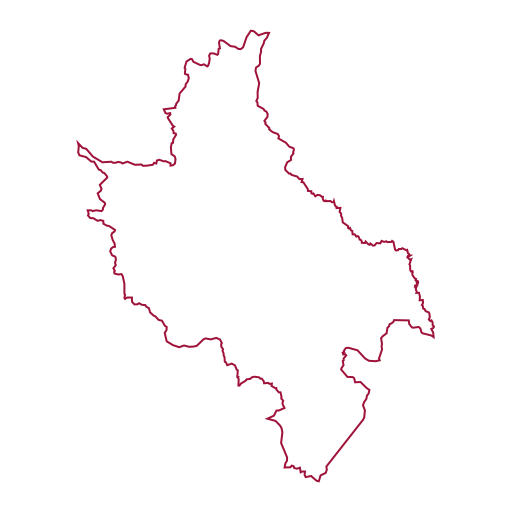 outline of Jataí, Goiás, Brazil
{"feature_id": "56859067B77206783707200", "entity_name": "Jataí", "entity_type": "district", "adm_level": 2, "iso_a3": "BRA", "parent_name": "Brazil", "parent_adm1": "Goiás", "projection": "robinson", "projection_center": [-51.746, -17.904], "detail": "fine", "context": "isolated", "style": "outline", "palette": "rose", "viewbox_px": 512, "rotation_deg": 0, "n_neighbors": 0, "source": "geoboundaries", "source_scale": "gbopen_adm2", "svg_char_len": 6047}
<svg xmlns="http://www.w3.org/2000/svg" viewBox="0 0 512 512"><path d="M433.6,337.1L433.2,332.6L431.3,328.9L433.1,328.1L433.9,327.0L433.7,326.0L432.7,325.6L432.6,322.4L431.5,320.4L430.4,321.1L428.8,319.5L429.8,317.4L429.4,313.6L428.8,312.4L425.7,311.2L424.4,308.9L423.2,308.6L422.7,305.6L421.9,305.1L423.0,303.1L422.8,300.0L419.7,300.3L419.9,296.4L419.0,292.8L416.4,292.9L416.8,292.0L415.7,288.9L416.5,287.0L414.9,286.8L415.2,285.4L417.4,284.9L416.6,282.0L418.0,282.7L418.1,281.4L415.6,280.2L416.0,278.9L414.9,278.5L412.7,275.5L412.2,273.4L412.7,272.5L412.5,271.1L411.0,271.4L410.2,269.9L410.1,265.4L409.4,264.4L411.2,259.2L409.9,259.8L407.3,257.1L407.9,256.1L408.6,256.6L410.5,255.4L409.3,255.2L408.9,253.8L407.9,253.1L407.2,249.9L406.4,250.3L402.3,248.2L401.5,249.0L398.8,249.0L398.1,250.1L396.0,250.5L395.1,249.7L393.4,241.8L392.1,240.9L391.5,241.9L387.3,242.1L386.4,241.3L384.1,241.9L381.6,240.9L380.3,243.3L376.5,243.1L374.7,245.3L373.2,245.7L370.4,243.5L369.7,244.8L368.5,244.4L365.6,241.5L365.0,243.0L361.8,242.8L361.7,241.2L360.8,239.9L359.7,239.6L358.7,236.9L357.6,236.0L356.3,236.6L354.7,234.3L352.6,234.3L352.3,231.0L350.8,230.2L350.1,228.0L349.0,228.6L348.0,227.8L348.2,226.2L342.8,222.4L342.1,217.7L341.0,215.8L341.2,213.8L339.6,211.8L340.4,207.9L336.6,208.1L336.7,206.8L335.7,206.5L334.9,205.0L333.9,201.0L333.5,202.2L331.9,202.2L330.4,201.0L326.6,201.2L325.8,200.5L325.0,201.2L323.7,200.8L322.7,198.5L322.9,196.8L321.8,196.7L319.9,195.2L317.5,194.9L315.3,196.3L313.4,193.4L312.3,193.8L311.3,193.0L311.3,191.2L307.9,190.9L307.9,189.3L303.4,182.3L301.6,182.1L302.5,179.0L299.5,179.1L297.1,176.5L291.5,174.9L290.5,173.5L289.2,173.7L285.3,169.9L285.1,167.2L287.2,162.3L291.1,159.9L290.9,156.8L293.5,153.4L293.1,152.4L293.9,149.7L293.5,148.3L289.2,146.6L285.9,142.7L278.4,138.4L279.0,136.1L277.8,134.0L272.8,132.2L269.2,129.4L269.4,128.1L265.3,123.9L265.6,122.6L264.4,120.9L267.5,116.8L267.6,113.8L266.3,111.5L264.5,110.6L263.5,108.9L257.7,105.8L257.4,102.3L256.3,101.1L257.7,98.0L257.6,91.8L259.2,83.2L255.5,71.0L255.8,68.6L256.2,67.4L258.8,65.7L260.0,63.8L259.9,56.0L261.1,51.8L261.0,49.0L263.6,43.7L264.3,40.8L266.9,37.7L269.0,32.9L265.8,32.8L258.5,35.3L253.9,31.3L250.9,30.7L246.6,37.1L243.1,47.3L240.8,49.1L238.3,48.9L235.2,46.8L230.5,46.1L223.5,40.9L220.7,40.2L219.7,40.7L219.0,42.4L219.9,48.4L218.7,48.8L218.1,54.0L217.3,54.8L213.7,53.4L210.4,53.4L209.1,55.6L209.7,58.6L209.1,62.9L208.1,65.7L207.3,66.4L203.9,64.3L201.2,65.2L199.7,64.8L193.4,61.8L192.0,59.2L190.7,58.8L186.5,61.5L184.6,67.9L185.4,69.0L184.9,72.8L185.2,74.1L188.0,74.8L188.8,78.3L187.7,81.6L185.7,84.2L185.5,86.6L179.6,93.5L178.7,100.5L176.2,103.8L176.0,105.2L175.1,106.3L175.4,107.8L163.8,109.3L165.4,113.0L167.0,113.7L170.2,113.1L170.4,114.5L167.7,117.1L168.0,118.2L172.8,125.7L174.2,126.6L171.8,128.5L173.4,130.9L173.6,133.2L175.7,133.5L176.1,134.7L173.2,139.6L173.0,142.8L171.7,143.2L170.9,147.2L171.4,154.1L174.7,156.4L175.5,158.9L175.0,163.5L173.0,165.2L170.5,165.6L170.5,163.3L165.4,161.1L164.0,161.4L159.3,159.8L156.9,160.5L156.3,163.5L154.1,162.8L152.8,164.8L146.3,165.7L143.0,165.8L141.5,164.5L135.0,164.8L127.4,161.7L122.4,163.5L121.4,162.6L118.3,161.9L115.4,162.8L112.8,162.7L111.3,161.7L102.5,162.3L92.9,156.6L86.3,148.9L82.5,147.8L78.1,143.1L78.8,145.9L78.2,152.4L79.4,155.3L86.1,157.1L91.2,161.5L94.1,161.7L98.8,169.6L100.6,170.1L102.8,172.6L104.4,173.1L107.1,176.4L107.2,177.6L99.8,184.9L101.5,188.7L100.9,190.7L97.7,193.3L99.9,199.0L104.7,202.7L105.1,204.4L103.1,207.7L102.8,209.7L101.6,211.1L96.1,210.3L92.6,211.1L91.3,210.3L87.7,210.3L88.7,213.9L88.0,215.5L90.3,218.1L93.3,218.2L97.6,220.8L100.4,220.1L103.3,220.9L103.4,223.7L106.7,225.6L109.0,226.0L115.0,229.9L114.6,231.4L112.1,233.2L111.3,235.3L112.7,240.0L114.6,243.5L115.0,246.8L113.1,247.0L111.1,248.6L110.2,251.4L112.1,255.3L115.1,256.6L115.7,257.8L115.9,259.9L115.0,262.8L115.8,265.1L113.4,268.3L114.8,270.9L114.1,272.0L114.6,273.6L118.5,274.5L121.5,274.1L122.8,276.4L124.4,283.8L124.4,293.7L125.1,294.7L124.4,297.8L125.1,298.9L127.2,297.5L131.9,297.5L132.0,301.7L134.4,304.4L137.4,304.3L139.1,303.2L141.9,304.8L145.3,305.1L146.2,306.6L148.9,308.2L150.1,312.4L153.5,315.5L155.4,316.4L158.6,319.9L162.0,320.7L164.8,325.7L166.7,327.0L166.5,330.1L164.7,332.9L166.7,341.3L172.9,345.1L179.2,347.2L184.0,345.5L189.1,346.8L193.2,346.6L196.7,345.9L203.4,339.4L205.5,338.4L210.7,339.4L216.3,337.9L220.1,339.6L221.8,343.1L221.2,344.0L221.3,346.7L223.1,349.3L222.5,350.7L223.6,353.4L223.7,355.7L224.5,357.0L224.8,361.7L226.0,362.4L227.2,365.2L231.7,363.6L234.9,365.3L236.7,369.7L237.8,370.4L237.3,376.9L238.3,377.0L238.0,377.9L238.7,379.1L238.4,385.5L239.5,385.6L241.0,383.5L245.6,380.8L246.5,379.4L250.1,378.9L252.0,377.3L254.4,376.7L258.0,377.2L259.4,377.5L260.2,378.6L261.8,378.7L263.7,381.1L264.1,383.3L268.5,382.9L269.4,383.9L271.9,383.6L271.5,385.9L275.5,388.3L276.3,388.1L276.5,389.7L278.8,392.3L280.5,392.3L281.5,396.9L281.3,398.6L283.2,400.7L282.5,402.8L282.7,404.5L284.5,408.0L278.8,410.5L276.5,410.5L273.9,415.7L267.4,418.7L275.5,420.9L279.9,425.4L281.5,428.0L282.4,432.3L281.1,443.0L287.1,457.4L287.0,460.7L285.4,463.3L284.6,467.5L290.4,467.3L291.7,465.6L293.6,466.2L294.2,468.0L297.0,468.7L299.9,467.7L300.7,472.3L302.2,471.5L305.0,471.5L304.6,474.8L305.7,477.1L311.1,476.0L316.5,480.7L318.8,481.3L320.6,475.4L325.7,472.9L326.8,469.8L326.4,466.5L363.1,419.7L364.2,417.5L364.9,410.3L363.0,405.3L364.1,402.1L366.3,399.0L367.0,395.5L368.6,393.6L369.4,389.9L366.7,388.1L360.5,382.0L355.1,382.3L354.2,378.2L352.7,377.1L347.4,376.9L341.2,369.6L341.3,368.5L343.5,365.1L342.8,361.0L343.7,360.3L343.6,358.5L346.2,355.4L345.3,354.2L343.3,354.5L342.7,352.7L344.2,352.2L343.8,351.0L345.7,348.2L348.2,347.7L357.5,350.3L365.1,358.5L369.0,360.8L375.7,361.2L379.7,360.3L379.0,358.5L382.0,349.6L381.6,345.9L382.0,344.1L381.1,338.2L382.6,336.3L386.6,333.3L387.4,327.9L389.1,326.2L389.6,324.1L391.4,323.5L393.4,321.8L394.1,320.1L408.8,320.4L409.2,323.9L411.8,327.3L413.0,327.7L418.7,327.0L420.4,328.5L421.3,331.9L422.3,333.2L431.4,335.5L433.6,337.1Z" fill="none" stroke="#9f1239" stroke-width="2"/></svg>